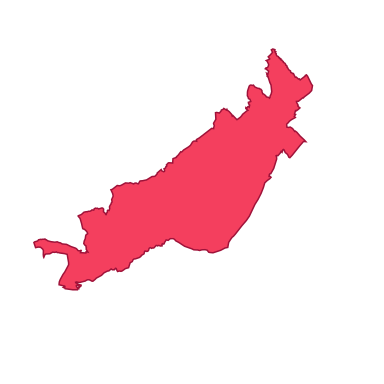 Valeni-Dambovita, Dâmbovita, Romania, rotated 53°
{"feature_id": "2599482B82900556797073", "entity_name": "Valeni-Dambovita", "entity_type": "district", "adm_level": 2, "iso_a3": "ROU", "parent_name": "Romania", "parent_adm1": "Dâmbovita", "projection": "mercator", "projection_center": [25.163, 45.163], "detail": "fine", "context": "isolated", "style": "filled", "palette": "rose", "viewbox_px": 384, "rotation_deg": 53, "n_neighbors": 0, "source": "geoboundaries", "source_scale": "gbopen_adm2", "svg_char_len": 6008}
<svg xmlns="http://www.w3.org/2000/svg" viewBox="0 0 384 384"><g transform="rotate(53 192 192)"><path d="M211.6,281.5L210.7,280.1L210.6,278.5L211.3,277.5L212.6,273.6L212.7,271.6L212.2,270.7L212.5,267.5L210.8,265.5L211.1,264.8L211.8,264.4L212.7,263.1L212.5,261.9L211.2,260.1L211.3,258.8L212.7,258.2L212.8,257.4L213.6,256.4L213.7,255.8L213.1,252.8L213.7,252.1L214.2,252.1L214.7,250.6L216.1,249.8L217.0,248.3L215.6,247.4L215.8,247.0L215.7,246.5L216.3,246.3L216.6,245.4L215.7,244.2L215.5,243.3L214.7,241.5L216.3,240.1L216.2,237.4L218.1,234.9L219.8,234.4L221.1,234.4L224.6,232.8L230.8,230.6L237.5,226.2L239.2,225.4L241.8,222.3L243.3,221.1L244.1,218.9L246.0,216.2L247.6,214.9L250.1,214.9L251.1,214.1L253.2,211.8L255.8,204.2L256.6,199.3L257.8,196.8L254.3,193.0L253.0,189.5L252.3,187.1L252.3,185.6L251.7,182.7L248.9,172.3L247.5,165.8L245.8,160.7L239.8,149.3L237.6,143.6L234.6,137.5L231.4,132.3L228.5,128.4L228.1,125.0L228.2,122.0L227.8,120.0L226.3,120.3L225.9,121.0L224.5,119.6L224.3,119.0L224.8,118.1L222.4,112.6L216.6,104.5L214.6,103.2L213.7,103.1L213.8,102.3L214.7,101.5L214.0,98.1L213.2,96.3L214.5,96.2L212.9,93.8L213.0,93.4L213.8,93.1L216.5,93.8L219.5,93.1L222.6,93.7L223.5,93.2L222.9,89.7L219.9,78.0L218.9,73.2L218.8,72.5L220.3,70.8L218.0,71.0L212.3,72.0L207.4,72.3L205.4,72.9L205.4,73.5L201.8,73.5L199.2,74.5L198.6,76.0L197.3,77.2L195.0,75.7L194.7,75.2L194.6,73.5L194.1,71.7L194.1,69.0L194.7,64.6L193.2,64.8L192.4,62.6L191.5,63.3L189.4,60.5L189.9,60.4L189.8,59.2L190.0,59.1L190.0,57.6L189.8,55.2L187.4,55.8L186.5,55.4L186.5,55.0L183.6,54.6L182.5,54.1L183.6,52.4L183.4,46.8L183.9,46.5L183.6,45.0L183.6,38.9L183.0,35.4L179.5,31.7L177.6,31.7L169.0,30.0L167.3,30.1L167.1,31.3L167.5,31.4L167.6,38.2L166.2,38.2L165.9,39.0L162.9,39.6L162.5,40.5L158.4,39.7L158.0,40.4L157.0,40.5L156.0,41.2L154.7,40.5L154.1,40.6L153.6,41.0L151.6,41.1L150.2,40.8L149.8,41.1L148.6,40.3L147.0,40.8L146.6,40.4L145.2,40.3L143.4,41.0L142.9,40.6L140.7,41.1L140.5,40.9L139.7,41.5L139.0,40.9L138.2,41.7L137.5,41.3L136.8,41.9L136.0,41.5L134.4,42.3L132.9,42.1L132.3,41.5L131.0,41.7L130.3,41.4L130.4,40.7L128.9,41.1L128.2,40.1L126.4,41.4L126.2,43.1L128.9,43.6L129.6,46.7L129.9,49.8L132.5,49.8L132.6,50.2L131.7,53.6L132.7,53.3L135.8,53.9L136.6,54.3L137.7,55.8L138.0,57.0L137.4,58.3L137.7,59.3L138.6,58.8L141.6,58.1L143.5,60.4L142.3,60.9L143.0,61.1L143.4,61.7L144.4,61.6L144.9,62.3L145.5,61.8L145.9,62.2L146.6,62.2L151.3,63.9L154.1,64.5L159.8,67.9L161.5,70.0L162.4,71.9L163.2,72.5L163.7,73.6L162.5,73.9L160.8,75.4L159.4,75.2L156.7,75.9L156.2,76.4L153.9,75.7L153.1,75.1L151.2,75.2L150.6,75.8L149.8,75.9L148.7,77.1L145.9,78.6L143.6,78.6L143.3,79.5L142.0,80.6L141.7,81.4L141.8,82.4L142.4,83.4L144.7,86.7L145.7,87.7L148.5,89.9L150.0,90.1L151.4,90.7L152.9,89.9L155.1,90.6L154.3,93.0L155.6,93.7L157.3,93.6L158.7,95.3L157.6,95.5L157.5,96.3L158.0,97.5L156.9,98.1L157.7,98.8L160.4,98.2L160.2,98.9L160.4,105.0L160.9,106.0L161.4,108.3L161.3,112.6L155.5,113.3L155.6,114.2L154.0,113.6L150.2,113.9L147.7,114.6L147.0,114.4L147.3,115.2L144.4,116.3L144.7,117.5L144.2,119.2L144.8,120.0L145.4,122.6L143.3,124.4L142.8,125.5L148.3,129.2L150.0,133.3L150.3,133.6L152.6,134.4L153.5,135.8L154.4,136.6L153.0,138.0L153.2,153.5L152.8,156.9L154.3,157.7L153.2,158.7L152.4,160.1L152.4,161.5L153.8,165.1L153.9,167.5L153.4,173.5L153.8,175.6L153.6,176.6L153.1,176.8L154.3,181.0L154.5,183.3L155.0,183.6L153.9,187.1L157.2,190.0L154.7,192.9L154.5,193.6L155.0,196.2L155.8,196.3L156.2,196.8L156.1,197.8L156.9,198.7L156.6,200.4L158.1,200.7L159.0,201.6L158.7,202.5L157.0,203.4L155.5,203.1L155.9,208.4L156.5,208.8L156.7,210.0L157.0,210.9L157.1,212.3L155.6,214.6L155.0,221.0L153.3,224.6L152.0,226.7L152.0,227.3L153.2,229.8L152.7,230.4L151.1,231.3L150.4,232.7L150.5,233.7L147.3,235.8L147.0,237.1L144.7,239.7L144.0,244.7L143.4,246.2L141.8,247.8L141.9,254.1L141.4,255.4L145.5,256.3L147.4,257.2L148.0,257.7L149.7,260.7L151.8,261.8L152.2,263.1L153.1,264.3L153.3,265.3L154.2,266.9L155.5,267.5L156.9,269.3L155.9,270.2L155.9,270.7L157.2,271.8L157.4,272.8L158.4,274.1L158.0,274.5L157.1,274.1L154.5,274.6L152.5,272.9L151.1,273.0L150.5,273.6L149.3,276.8L148.1,277.2L147.5,278.3L146.9,278.6L146.5,280.1L147.3,281.2L147.2,281.6L146.1,282.6L146.2,283.9L145.9,285.2L145.0,286.4L144.7,287.6L144.1,288.3L143.1,290.4L143.4,293.9L142.5,297.2L142.9,297.5L145.8,297.3L150.8,299.2L155.2,301.2L156.0,301.2L156.9,300.4L158.7,300.0L160.8,299.9L162.2,300.2L162.6,300.7L162.3,302.0L163.0,303.3L165.1,305.4L166.3,307.6L168.1,309.5L170.2,309.5L171.4,309.1L172.2,309.8L173.1,310.0L173.8,310.9L177.3,311.3L176.0,312.3L176.0,312.7L176.8,313.3L176.4,314.0L173.3,317.6L171.7,315.2L171.8,316.4L171.2,317.4L170.1,318.3L168.5,318.3L166.9,318.7L162.7,321.5L158.3,323.7L155.4,326.9L153.4,327.7L152.2,328.8L150.7,329.6L149.5,331.8L146.7,334.6L144.1,336.6L142.5,337.1L141.7,337.7L141.0,337.7L140.8,338.5L139.9,339.6L139.2,341.0L138.8,341.2L137.8,343.3L138.2,344.7L137.1,347.8L137.2,348.7L142.3,350.4L143.4,348.0L145.0,346.2L147.8,345.6L149.3,345.9L152.7,348.6L154.5,349.6L155.0,349.7L153.4,347.0L153.7,345.8L155.8,342.7L156.2,339.4L157.6,338.0L158.3,336.3L159.3,336.1L160.3,334.8L161.0,334.4L164.5,330.9L166.7,329.2L174.2,333.1L175.9,334.4L179.3,341.7L180.2,344.6L182.5,349.7L183.8,351.9L185.0,353.1L186.1,354.0L190.5,350.3L190.9,350.4L190.7,352.2L191.7,351.7L192.0,351.2L192.9,351.5L198.3,346.1L201.1,342.4L200.9,342.2L201.1,342.0L200.6,340.9L201.0,340.6L200.5,340.3L199.9,340.5L199.7,341.1L199.4,340.9L198.9,341.2L197.7,341.1L197.0,340.6L197.2,339.9L197.6,339.5L199.0,339.0L200.4,339.0L200.2,337.9L199.8,337.4L200.2,337.4L200.2,337.0L199.5,336.6L198.0,338.0L194.4,339.5L194.1,339.3L194.5,338.7L194.2,338.8L194.3,338.4L196.3,336.6L196.8,335.8L198.9,330.7L198.9,329.7L199.3,328.1L200.4,326.8L203.1,325.5L203.6,324.8L203.5,321.9L203.2,320.2L204.1,314.4L203.6,310.8L204.3,307.0L205.0,305.9L204.8,302.9L206.2,302.4L207.4,300.8L206.9,299.3L207.0,298.8L207.7,298.6L208.3,298.9L210.7,299.3L211.5,297.4L212.6,296.5L213.0,295.3L213.1,291.3L214.3,288.2L211.3,284.0L211.6,281.5Z" fill="#f43f5e" stroke="#9f1239" stroke-width="1.5"/></g></svg>